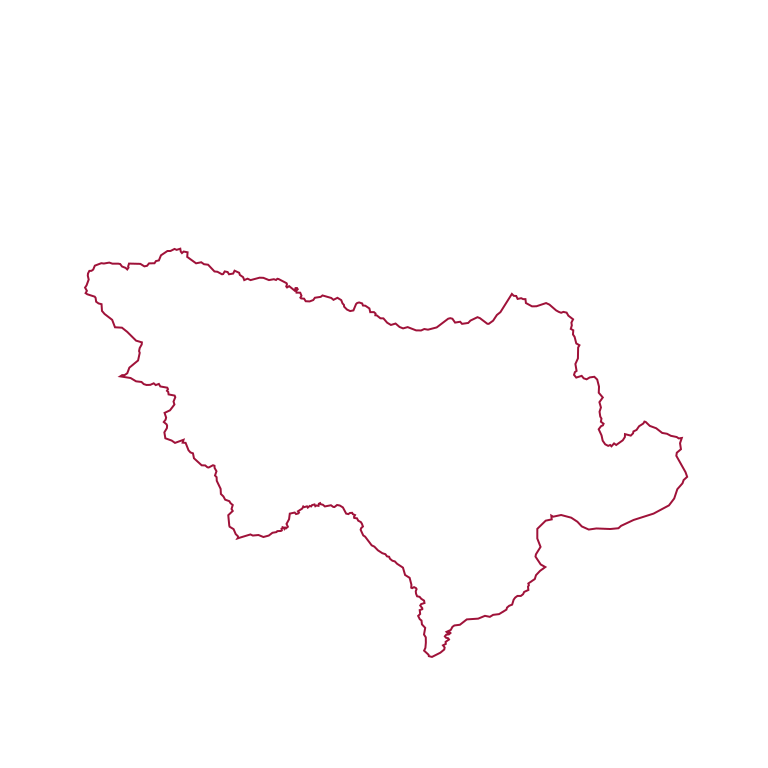 Kon Plong, Kon Tum, Vietnam, rotated 324°
{"feature_id": "81297802B37970290892439", "entity_name": "Kon Plong", "entity_type": "district", "adm_level": 2, "iso_a3": "VNM", "parent_name": "Vietnam", "parent_adm1": "Kon Tum", "projection": "orthographic", "projection_center": [108.295, 14.803], "detail": "fine", "context": "isolated", "style": "outline", "palette": "rose", "viewbox_px": 768, "rotation_deg": 324, "n_neighbors": 0, "source": "geoboundaries", "source_scale": "gbopen_adm2", "svg_char_len": 6154}
<svg xmlns="http://www.w3.org/2000/svg" viewBox="0 0 768 768"><g transform="rotate(324 384 384)"><path d="M540.4,386.3L520.4,394.3L515.9,394.5L509.5,396.9L504.1,396.9L503.0,396.0L500.3,387.1L498.9,384.9L491.2,383.5L488.0,384.1L482.5,381.2L482.2,378.4L477.6,376.1L477.7,371.4L476.3,369.7L474.3,368.9L459.9,369.2L451.5,365.9L448.9,363.2L445.5,362.5L441.5,359.5L436.6,351.9L432.1,350.2L430.1,347.0L428.9,341.9L424.3,340.3L422.6,336.3L422.1,330.6L419.7,328.7L418.5,324.3L417.4,323.3L418.6,322.0L418.1,319.9L415.1,317.8L416.6,314.3L414.9,309.7L413.1,308.1L413.7,306.0L411.8,303.4L409.9,302.7L408.4,302.9L402.5,306.5L399.5,305.1L397.8,302.0L397.2,298.0L398.1,296.4L397.8,294.5L398.7,291.0L397.0,286.9L392.6,286.2L391.9,283.4L386.3,276.2L384.0,276.3L378.8,273.6L376.1,274.5L372.4,273.5L369.3,271.0L369.5,268.0L367.3,266.1L367.1,265.0L369.1,264.1L369.9,260.9L366.9,258.7L367.8,257.0L369.9,256.6L370.0,255.2L368.8,254.4L366.6,255.9L364.8,249.1L362.3,248.9L362.2,247.7L364.2,246.2L364.4,245.1L360.4,237.1L359.6,236.2L357.8,236.4L356.5,234.5L352.0,232.3L348.8,227.2L345.9,224.9L337.1,221.5L335.5,218.6L332.0,217.8L332.8,214.8L331.5,211.0L332.2,208.9L329.7,204.5L326.9,206.0L323.1,204.1L323.3,201.5L321.3,199.3L318.5,200.5L317.4,200.0L315.2,195.3L313.0,193.3L311.8,184.1L308.8,181.3L307.7,178.1L302.9,175.9L299.5,165.5L302.5,162.0L299.8,159.1L297.5,159.3L297.4,157.4L298.7,154.8L295.1,153.6L293.9,151.6L289.5,150.9L287.0,149.1L279.2,148.8L274.5,151.7L271.8,150.5L269.3,151.4L264.8,148.3L261.8,149.1L259.3,148.0L257.5,143.6L248.5,136.7L246.1,138.5L245.7,139.7L243.6,140.4L243.2,138.2L241.1,134.9L241.1,131.9L239.8,130.5L235.0,127.0L233.1,124.3L228.2,121.9L226.3,120.1L220.4,118.5L219.6,118.3L216.0,120.5L213.9,120.5L212.1,119.3L209.5,120.6L208.0,122.3L206.5,125.9L201.3,129.4L198.8,130.3L198.4,134.0L196.0,135.1L196.7,137.0L201.3,143.3L201.3,144.8L199.5,148.2L200.4,151.0L202.4,153.4L198.8,159.1L199.1,163.1L201.8,172.3L199.7,180.0L205.1,184.4L206.9,190.9L208.9,203.2L212.6,208.0L211.2,209.6L207.5,211.3L205.2,213.4L204.7,215.2L198.9,220.4L187.6,221.1L182.6,224.4L179.2,224.3L177.4,222.9L175.1,222.8L182.5,230.2L185.0,236.1L189.0,239.8L189.6,242.9L191.3,245.2L194.4,247.3L198.1,248.1L198.7,250.7L201.9,251.6L201.6,254.5L206.5,259.6L206.2,261.2L204.4,261.9L204.8,263.5L203.6,265.8L207.8,270.3L207.4,272.0L203.4,274.5L202.4,277.4L195.4,279.5L189.5,278.4L188.0,283.1L186.3,284.5L183.5,285.3L184.4,288.9L184.0,290.3L182.4,292.1L177.9,294.0L175.2,299.4L179.0,305.0L180.3,308.8L189.0,311.3L186.6,313.1L188.9,315.0L186.9,322.7L187.2,325.6L188.7,327.8L186.6,332.4L188.7,342.6L191.5,344.8L192.2,347.6L193.1,348.5L197.9,349.2L198.8,350.5L197.6,352.4L197.2,356.1L193.5,358.7L193.8,361.0L191.8,364.0L190.2,372.8L187.4,377.1L188.0,380.6L187.5,384.2L190.0,387.9L189.8,390.2L190.5,393.0L187.2,395.5L187.0,397.8L180.9,398.6L175.6,407.6L175.2,408.7L177.0,413.0L175.8,418.3L176.3,421.2L176.0,422.3L174.8,422.8L187.5,427.2L188.8,429.5L193.7,432.4L196.5,436.9L201.7,438.9L206.3,438.8L210.0,440.6L211.2,440.3L214.2,442.3L215.3,442.4L216.1,440.8L217.2,441.0L217.8,440.3L218.6,441.5L218.3,442.6L219.6,442.1L219.8,443.2L222.3,443.0L222.9,439.9L227.7,437.6L231.6,433.5L236.2,435.5L236.4,437.5L238.5,438.3L239.6,438.1L239.6,436.4L244.6,436.7L246.7,435.6L247.0,436.7L249.8,437.7L249.7,439.2L252.3,439.0L253.1,440.2L254.6,439.7L257.0,440.6L256.6,442.5L258.0,442.6L259.4,444.1L260.9,442.6L262.3,442.8L262.1,444.0L263.6,445.8L264.2,448.3L269.8,450.9L270.7,453.6L271.6,454.4L274.9,454.3L276.8,456.3L278.2,459.7L277.2,466.6L278.7,468.3L280.6,468.3L282.5,469.5L282.3,471.0L283.5,473.0L281.6,473.9L281.2,474.9L283.2,476.8L282.8,479.4L284.1,482.1L284.0,484.0L283.2,486.9L280.8,487.2L279.4,488.2L278.2,494.3L279.0,496.4L279.2,507.3L280.6,509.9L281.3,514.9L283.2,519.9L285.1,522.5L285.1,525.2L286.6,526.8L286.1,528.8L286.9,531.9L288.5,533.9L288.9,537.1L291.4,543.7L288.8,550.9L290.8,555.9L288.2,562.5L286.3,564.8L286.8,565.7L288.9,566.0L289.9,567.9L289.8,569.1L287.9,570.3L286.7,572.4L286.0,575.2L287.7,577.1L287.9,579.7L289.1,582.8L288.0,585.0L284.7,583.9L283.1,584.5L283.2,587.9L282.6,588.7L280.0,587.9L278.1,591.3L275.3,591.7L274.7,595.3L275.3,597.4L273.4,600.8L274.0,605.5L269.1,610.2L268.9,613.5L265.8,617.9L262.4,621.8L259.7,623.3L260.9,629.2L260.3,630.5L262.4,633.0L271.7,634.5L276.7,634.2L278.2,632.8L278.1,630.1L281.2,630.6L282.3,628.8L286.4,628.9L286.5,627.5L285.0,625.7L284.9,623.9L287.0,623.4L289.4,624.7L291.4,624.5L291.3,623.8L289.3,623.1L288.9,621.3L293.5,622.2L296.6,620.7L299.0,620.7L303.9,623.4L312.6,623.1L322.3,629.2L329.4,630.9L332.8,634.6L336.6,634.9L341.8,637.8L350.4,638.5L352.1,637.2L354.9,637.0L358.0,637.8L362.1,634.7L364.6,633.9L367.4,633.9L370.2,635.9L373.0,635.8L375.2,634.6L379.7,635.5L381.4,632.6L383.0,631.9L383.5,630.2L391.4,630.4L394.6,628.0L400.4,626.9L406.9,626.9L404.7,622.1L405.1,612.7L406.8,611.1L414.9,607.8L417.2,599.1L422.9,591.3L434.5,589.6L440.1,592.1L442.0,588.8L442.9,590.8L450.3,594.1L456.9,602.2L459.5,609.1L460.3,615.5L464.1,622.1L470.9,625.7L481.8,634.3L488.9,638.5L492.4,638.1L506.0,640.7L525.9,647.3L543.2,649.7L551.5,647.2L559.5,641.5L567.1,639.8L570.0,637.8L574.7,637.3L576.1,632.6L578.3,613.9L580.5,611.7L585.9,611.3L588.7,605.9L593.2,602.7L590.5,601.3L589.6,598.9L585.6,594.5L583.7,590.6L580.3,587.1L578.2,579.8L574.4,574.1L573.4,568.5L572.6,567.5L570.6,568.4L565.5,568.1L561.3,569.6L557.9,569.0L556.5,570.3L553.3,570.8L549.5,566.2L547.7,568.5L544.1,569.9L536.0,569.8L535.2,567.3L531.4,568.1L531.1,566.3L529.0,565.8L527.5,562.8L527.6,558.4L529.8,553.4L531.1,546.8L534.8,545.7L536.8,546.1L538.3,545.2L537.3,542.0L539.6,539.8L539.8,537.5L542.1,533.1L545.7,530.5L547.6,525.3L553.1,523.5L552.6,517.3L556.4,512.5L559.1,505.7L558.4,501.8L554.3,499.6L550.7,499.3L548.9,496.8L548.7,493.6L543.3,491.8L543.1,488.3L545.4,486.6L547.5,486.6L550.6,480.3L555.9,477.3L562.5,468.6L564.9,467.5L563.4,464.2L565.9,457.9L566.0,455.0L568.7,451.8L567.5,449.2L570.4,447.0L571.7,444.5L575.0,442.8L573.3,437.1L573.7,433.6L571.5,431.1L569.2,430.5L567.8,428.4L566.5,425.6L564.5,417.0L562.7,413.8L553.0,410.7L549.4,408.2L546.4,401.9L548.3,398.5L546.5,397.2L545.4,395.2L542.1,393.7L542.7,390.5L540.8,388.9L540.4,386.3Z" fill="none" stroke="#9f1239" stroke-width="2"/></g></svg>